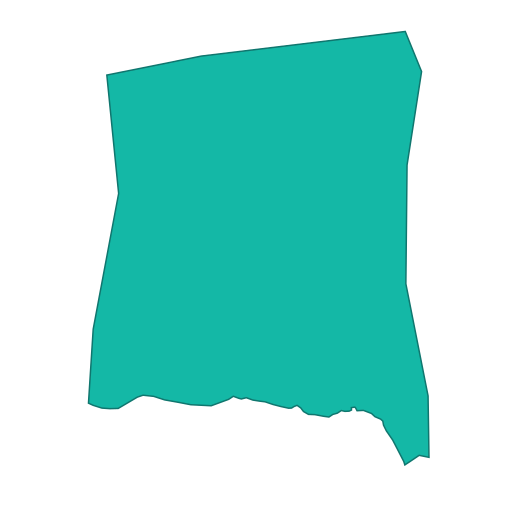 the district of Boma, Bas-Congo, Democratic Republic of the Congo, rotated 357°
{"feature_id": "63176286B538038850114", "entity_name": "Boma", "entity_type": "district", "adm_level": 2, "iso_a3": "COD", "parent_name": "Democratic Republic of the Congo", "parent_adm1": "Bas-Congo", "projection": "equal_earth", "projection_center": [13.06, -5.819], "detail": "fine", "context": "isolated", "style": "filled", "palette": "teal", "viewbox_px": 512, "rotation_deg": 357, "n_neighbors": 0, "source": "geoboundaries", "source_scale": "gbopen_adm2", "svg_char_len": 955}
<svg xmlns="http://www.w3.org/2000/svg" viewBox="0 0 512 512"><g transform="rotate(357 256 256)"><path d="M393.7,472.4L398.7,469.5L408.5,463.6L418.2,466.1L420.5,404.7L404.2,291.6L411.6,173.1L431.0,80.5L416.8,39.6L211.8,53.5L116.5,67.5L122.1,186.4L89.6,320.5L81.0,394.2L85.6,396.6L94.1,399.8L102.1,400.8L110.4,401.0L130.2,390.7L135.9,389.1L146.5,390.8L157.2,394.9L170.6,398.0L183.1,401.1L203.4,403.2L221.2,397.7L226.0,394.9L231.6,397.3L233.9,398.0L238.9,397.0L245.3,399.7L251.9,401.1L257.5,402.1L265.3,405.2L272.9,407.6L280.6,409.7L283.6,409.7L286.1,408.3L289.2,407.3L292.7,410.0L295.3,413.8L300.1,416.9L306.5,417.5L315.1,419.6L320.4,420.6L324.5,418.2L329.0,417.2L333.1,414.8L336.7,415.8L341.0,415.8L343.3,414.8L343.3,412.4L346.8,412.1L347.6,413.1L348.8,415.8L355.2,415.8L363.1,419.3L366.4,422.7L371.9,425.4L374.0,427.5L374.5,431.6L377.0,437.4L382.9,447.0L387.7,457.6L392.8,468.9L393.7,472.4Z" fill="#14b8a6" stroke="#0f766e" stroke-width="1.5"/></g></svg>